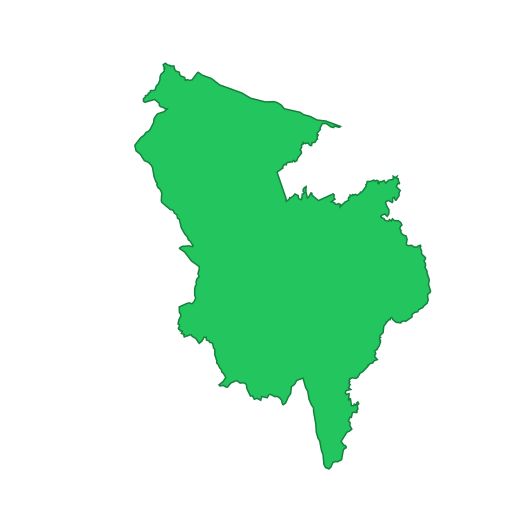 the district of Na Di, Prachin Buri, Thailand, rotated 208°
{"feature_id": "78962969B93124351741283", "entity_name": "Na Di", "entity_type": "district", "adm_level": 2, "iso_a3": "THA", "parent_name": "Thailand", "parent_adm1": "Prachin Buri", "projection": "robinson", "projection_center": [101.834, 14.202], "detail": "fine", "context": "isolated", "style": "filled", "palette": "green", "viewbox_px": 512, "rotation_deg": 208, "n_neighbors": 0, "source": "geoboundaries", "source_scale": "gbopen_adm2", "svg_char_len": 6100}
<svg xmlns="http://www.w3.org/2000/svg" viewBox="0 0 512 512"><g transform="rotate(208 256 256)"><path d="M312.8,400.6L320.1,396.4L334.9,392.8L345.1,393.3L368.4,390.0L378.6,391.8L388.5,390.4L393.2,391.1L393.7,390.5L395.2,381.3L397.6,379.6L399.1,379.7L400.9,378.0L402.9,380.2L406.5,379.6L408.5,380.3L410.0,382.3L413.2,381.7L415.1,382.3L417.8,385.3L420.3,383.5L420.8,384.0L423.7,383.2L426.4,383.7L427.8,381.5L426.5,379.9L424.7,379.2L425.2,378.3L423.7,376.2L425.2,371.9L424.9,369.2L423.5,366.3L423.0,362.2L423.8,359.6L423.1,355.3L423.7,354.3L426.8,352.6L426.5,350.4L427.5,349.0L427.0,347.3L428.9,345.7L428.3,344.5L429.2,341.8L427.8,339.6L426.2,339.6L419.0,346.6L413.3,345.4L412.1,343.7L410.6,343.0L407.7,343.7L405.6,343.3L403.5,344.2L404.9,340.3L409.4,335.6L410.0,334.1L410.5,329.6L409.0,325.5L408.9,317.8L409.4,315.8L411.1,313.6L411.6,309.8L413.3,306.5L415.0,296.8L411.2,292.5L406.0,291.6L399.4,287.8L395.0,288.2L391.4,287.1L388.9,285.5L383.2,278.1L378.8,274.3L377.4,273.9L377.0,272.2L374.0,270.1L372.9,270.2L370.7,269.0L368.7,267.2L365.7,260.5L364.4,259.2L353.6,256.8L350.7,257.5L348.0,255.5L345.2,255.3L343.0,252.5L340.9,252.4L335.3,245.9L329.2,242.0L325.4,240.6L323.3,238.5L321.4,238.3L316.3,235.5L316.6,234.4L319.7,233.6L325.5,230.0L327.1,227.6L327.0,226.7L320.9,226.0L310.6,221.3L301.1,220.0L299.9,217.4L299.0,213.2L296.6,211.1L297.4,207.9L296.7,204.9L295.2,202.7L295.5,201.1L294.8,198.4L291.9,192.8L289.5,190.5L289.2,186.9L290.1,183.7L292.6,183.4L294.4,182.1L299.9,175.0L297.0,170.0L295.8,169.7L294.3,168.0L294.1,163.3L292.9,159.3L291.3,159.2L290.6,158.2L290.7,155.8L289.8,155.0L288.5,155.3L287.9,154.3L285.7,155.0L285.5,152.6L282.5,153.0L282.3,151.7L281.3,150.9L276.5,156.1L274.5,155.0L270.6,155.0L265.1,152.2L263.8,155.5L263.7,159.9L261.9,160.8L260.3,158.5L257.6,159.0L256.4,158.0L253.4,158.7L250.3,154.8L248.7,154.4L246.0,149.5L241.2,144.8L240.5,143.1L238.4,142.4L235.4,140.1L233.7,139.7L231.4,137.4L229.9,137.2L225.7,134.6L226.0,130.1L228.2,124.8L226.8,124.3L224.0,126.4L220.8,126.2L219.6,126.9L218.7,131.8L215.2,136.3L213.8,136.9L210.4,136.3L207.1,138.4L204.3,138.1L201.6,134.5L195.2,129.7L193.5,130.9L190.3,128.7L188.2,130.8L184.1,130.8L185.0,134.6L179.5,136.1L179.6,139.4L178.3,140.6L173.3,140.7L171.5,141.9L168.9,141.9L165.8,140.7L162.8,137.4L162.1,137.5L160.8,140.2L161.3,146.6L160.8,150.8L163.4,157.1L161.7,160.7L161.6,165.4L157.1,170.2L150.7,163.4L146.7,160.7L142.0,154.5L137.2,150.6L134.0,149.0L132.4,146.1L124.1,135.4L120.1,128.8L115.5,124.1L113.0,122.7L106.8,114.9L103.5,112.0L98.3,104.0L95.3,101.9L91.6,102.2L90.8,104.8L91.2,109.9L89.3,111.8L87.4,112.6L84.8,116.3L87.8,125.6L87.3,128.0L86.4,128.8L86.7,129.8L88.2,130.6L89.4,130.1L93.8,132.2L93.0,143.1L91.2,145.4L90.1,148.1L93.6,150.4L94.6,153.0L97.0,153.9L97.3,157.9L96.0,158.3L97.3,162.7L96.3,164.0L93.5,165.0L93.5,165.8L94.4,165.9L94.2,168.8L96.5,171.6L95.9,173.8L97.5,174.9L98.2,173.3L97.7,171.5L98.4,170.9L99.7,171.3L99.7,169.5L101.5,168.7L105.6,174.3L106.1,174.1L105.9,172.9L106.8,172.4L109.1,178.2L111.4,176.1L113.1,177.4L113.2,179.6L109.6,182.6L112.6,183.3L112.4,184.8L113.1,186.0L112.4,186.6L114.7,187.8L114.1,189.0L115.5,189.8L115.1,191.2L115.6,191.6L113.6,193.8L110.2,194.9L109.2,197.0L109.1,201.5L107.4,204.0L105.4,211.3L105.9,212.1L105.2,212.5L104.9,214.5L102.7,216.4L102.5,218.9L100.2,221.5L103.6,222.8L104.6,224.1L104.4,226.1L106.6,227.7L105.0,230.8L105.5,231.7L105.0,233.7L105.7,238.6L106.5,238.8L106.5,240.1L107.9,240.4L108.2,241.8L107.7,242.6L108.9,242.9L109.2,243.7L107.8,247.9L110.2,254.1L109.6,258.3L110.0,258.9L109.2,259.8L108.9,262.0L107.6,262.8L108.2,264.2L107.3,265.4L105.4,264.1L101.3,263.2L96.7,264.9L96.9,266.0L94.6,268.4L93.1,268.6L89.6,275.5L90.4,276.5L90.6,278.4L89.3,280.8L87.1,282.6L87.0,285.5L84.5,288.7L84.5,290.3L82.8,294.5L83.3,298.0L85.9,301.4L86.3,303.0L85.2,305.4L85.3,306.8L90.4,312.0L91.8,316.3L97.2,321.5L97.9,323.0L101.7,325.5L101.8,327.2L102.9,328.9L105.4,330.5L105.0,332.7L105.5,334.1L110.6,335.5L112.4,338.4L115.0,340.5L115.1,342.1L115.9,342.7L117.5,341.0L118.3,339.1L120.7,338.2L123.7,338.5L126.1,336.8L128.0,336.4L128.9,337.1L130.4,341.7L133.0,344.2L136.1,343.7L138.3,344.4L139.8,345.5L139.8,346.5L141.8,347.5L142.3,349.7L141.7,351.9L143.9,353.5L146.9,354.0L150.5,352.2L153.0,352.9L153.0,350.4L155.3,350.8L155.4,348.9L156.3,348.6L158.8,348.1L160.3,349.0L164.2,349.0L164.2,350.9L161.9,353.6L158.8,352.5L158.5,355.7L160.3,359.2L163.6,361.2L166.7,363.9L166.8,364.9L165.2,367.2L160.9,367.2L160.7,368.1L162.2,370.4L162.3,371.9L161.4,372.7L159.4,370.8L158.6,371.0L158.0,376.4L159.4,379.1L159.4,381.6L164.6,383.0L165.0,386.4L163.4,387.1L163.5,387.8L165.5,389.1L166.6,390.9L168.7,390.9L168.9,392.5L170.0,390.5L172.3,390.8L171.2,388.9L171.2,387.7L174.4,385.3L175.7,381.3L178.4,382.8L180.3,380.2L181.3,380.1L181.6,377.3L182.7,377.5L183.1,379.6L184.8,379.6L186.1,378.0L187.5,378.4L189.9,375.6L192.8,374.1L192.1,371.3L192.5,370.6L191.5,369.5L192.4,362.4L193.8,361.4L193.6,360.4L195.1,357.1L197.1,357.2L198.0,356.1L199.4,355.7L199.4,354.6L201.6,354.0L200.7,352.2L201.6,351.6L201.5,350.2L200.4,348.5L202.6,345.8L204.9,338.9L205.7,341.2L207.8,341.0L208.7,339.6L210.4,338.9L211.5,339.8L215.0,339.2L212.9,343.3L214.7,344.0L215.7,346.7L217.0,347.1L226.9,334.2L235.4,336.1L236.0,337.6L237.1,337.6L237.1,332.9L238.0,331.5L242.4,336.6L244.3,340.8L245.4,338.9L245.6,336.9L244.7,335.2L243.2,334.7L243.3,333.3L244.2,332.4L242.4,328.0L242.6,326.8L245.5,326.8L247.0,329.1L250.7,329.1L251.3,326.4L252.7,323.4L253.6,323.4L253.4,321.4L255.0,318.5L256.5,320.9L276.8,339.9L273.5,346.4L274.4,347.1L273.9,350.2L272.0,350.8L272.5,352.1L272.2,353.2L268.1,356.2L267.6,358.1L265.9,357.4L264.7,359.4L265.2,362.3L264.1,368.2L265.3,369.8L266.9,370.5L266.7,373.2L267.9,375.7L266.9,377.1L267.7,378.3L265.3,378.3L263.2,380.2L260.3,378.9L258.8,379.6L259.7,382.2L257.3,384.1L257.2,387.3L256.6,388.2L257.8,389.3L257.9,392.1L259.2,391.8L259.6,393.3L258.6,398.1L259.5,398.8L259.6,404.0L256.0,406.0L250.6,405.1L247.7,405.9L247.7,407.5L242.7,408.8L242.2,410.1L257.6,408.0L266.1,404.7L273.6,404.7L280.5,403.1L284.5,403.6L300.1,399.3L304.9,401.2L309.8,401.4L312.8,400.6Z" fill="#22c55e" stroke="#15803d" stroke-width="1.5"/></g></svg>